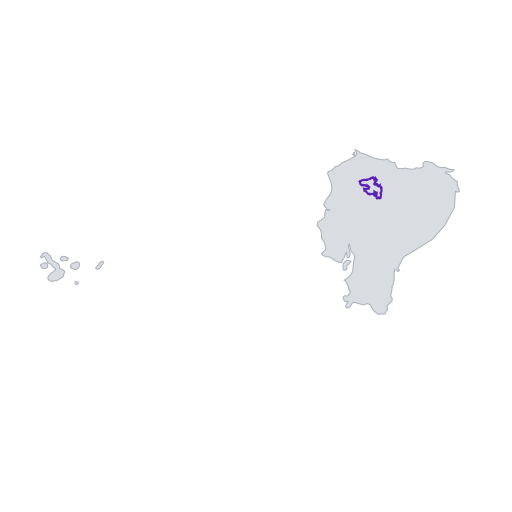 location of Quito, Pichincha, Ecuador, rotated 348°
{"feature_id": "8360857B23484517950931", "entity_name": "Quito", "entity_type": "district", "adm_level": 2, "iso_a3": "ECU", "parent_name": "Ecuador", "parent_adm1": "Pichincha", "projection": "albers", "projection_center": [-78.517, -0.167], "detail": "fine", "context": "in_parent", "style": "outline", "palette": "violet", "viewbox_px": 512, "rotation_deg": 348, "n_neighbors": 0, "source": "geoboundaries", "source_scale": "gbopen_adm2", "svg_char_len": 8334}
<svg xmlns="http://www.w3.org/2000/svg" viewBox="0 0 512 512"><g transform="rotate(348 256 256)"><path d="M467.7,213.0L466.3,213.9L462.7,214.3L460.0,213.4L458.9,213.4L458.7,214.3L462.3,216.7L464.1,220.8L466.6,223.4L468.2,224.6L468.3,225.5L467.8,227.2L467.7,228.6L468.6,234.9L468.0,235.3L466.0,235.3L464.5,234.2L460.2,249.9L446.7,265.5L431.5,276.6L413.8,283.0L400.9,287.4L398.9,289.1L392.5,297.0L392.3,297.8L393.1,299.1L393.2,300.0L392.2,300.5L391.4,300.6L391.1,300.2L390.8,299.2L389.9,298.3L388.9,298.0L388.4,298.2L388.3,299.1L387.0,303.3L386.9,305.4L386.4,306.2L386.4,308.1L385.1,309.8L384.1,312.6L383.1,313.5L381.7,317.9L379.7,322.3L379.6,323.8L380.2,324.9L380.4,325.7L379.6,328.4L375.0,331.1L373.8,332.4L373.4,333.8L373.7,335.1L373.5,336.1L372.1,336.5L370.6,339.0L369.5,339.5L366.6,338.7L364.5,338.7L362.9,337.9L359.7,333.7L358.5,331.3L358.1,327.8L355.0,325.7L350.9,326.2L349.6,325.4L346.6,324.0L344.0,322.4L342.0,321.6L340.5,322.0L338.0,324.7L335.7,325.9L334.7,325.9L333.3,325.0L333.0,324.1L336.5,319.3L333.9,319.2L333.0,318.2L332.9,317.0L332.4,315.7L332.9,314.2L334.3,313.3L336.4,314.0L337.8,314.0L338.7,312.6L340.6,311.4L341.0,310.7L340.0,308.4L339.7,307.1L340.0,306.4L339.9,303.9L339.3,302.9L339.2,301.5L338.7,300.7L338.5,299.0L337.2,298.0L341.5,296.4L343.0,295.1L344.9,293.9L346.5,292.0L347.6,290.3L350.2,282.2L352.5,277.0L352.1,274.6L350.1,271.2L349.7,266.4L349.9,264.9L349.6,263.7L348.3,265.8L348.7,273.0L347.5,276.2L345.8,277.0L344.8,276.4L345.4,271.2L344.2,272.1L342.3,275.7L339.1,278.4L339.0,279.3L338.2,280.3L335.8,279.3L333.9,278.3L327.8,272.3L323.8,271.1L321.4,269.0L320.9,268.2L320.6,267.0L323.1,265.7L325.6,264.0L325.9,260.3L325.8,257.4L323.9,252.5L324.8,246.0L324.3,243.5L322.1,238.2L323.7,235.5L329.3,233.5L331.2,232.2L332.4,227.9L333.7,225.3L336.2,226.4L338.2,226.2L335.5,225.3L333.4,221.5L333.0,219.7L337.2,214.5L339.3,213.1L342.0,210.3L344.3,206.1L344.8,199.5L343.9,194.8L343.2,189.8L344.5,188.5L347.9,187.9L350.7,186.3L352.2,184.8L355.5,185.0L359.3,182.7L365.4,181.5L374.0,178.9L375.9,176.6L375.0,172.5L378.2,175.0L379.6,176.9L384.1,179.1L389.2,183.0L392.6,185.1L396.4,186.9L401.8,188.8L405.0,188.4L406.4,191.4L407.7,192.3L410.8,193.3L411.1,193.7L412.3,199.1L413.0,199.9L415.7,200.8L419.0,201.1L420.3,201.0L423.2,202.5L427.7,203.7L429.3,203.9L430.0,203.7L430.3,203.1L431.6,203.2L433.5,203.9L436.4,204.1L438.1,203.4L438.5,200.4L439.1,199.7L441.1,198.6L442.2,198.8L447.4,201.2L448.5,202.1L449.8,203.8L452.3,206.3L455.0,207.9L459.1,208.6L463.1,211.2L467.7,213.0ZM53.2,211.3L54.9,213.0L55.8,217.7L61.1,222.7L61.7,225.5L61.3,226.8L61.5,227.3L64.1,229.3L65.7,231.3L63.0,236.2L57.2,238.4L51.0,238.4L49.7,237.8L48.0,236.0L47.7,234.3L48.7,232.7L51.9,230.3L56.7,228.1L57.3,226.4L55.3,224.8L53.9,221.6L50.8,219.4L49.2,212.6L48.2,212.3L46.1,213.3L45.0,212.4L44.8,212.0L47.1,210.4L47.6,209.3L50.9,208.7L52.4,209.6L53.2,211.3ZM77.8,231.7L76.4,231.8L72.4,229.3L72.6,226.8L74.2,225.2L79.4,224.3L81.6,225.8L81.4,228.7L79.7,230.9L78.3,231.3L77.8,231.7ZM342.2,287.2L341.7,288.3L339.2,288.2L338.5,287.8L339.1,283.1L339.8,281.5L341.8,280.1L343.5,279.4L345.6,279.5L347.9,280.8L345.2,283.3L343.2,283.9L342.2,287.2ZM49.4,224.0L46.8,224.4L44.6,223.6L43.7,222.2L43.4,220.1L43.6,219.5L48.5,218.7L50.1,220.4L50.1,222.9L49.4,224.0ZM101.5,235.1L98.5,236.2L96.8,235.2L96.6,234.6L98.3,232.9L99.9,232.1L101.4,230.2L104.1,229.1L104.9,229.3L105.4,229.7L105.6,230.3L104.7,231.8L103.1,232.9L101.5,235.1ZM71.4,220.4L70.2,221.2L65.4,220.4L63.8,218.9L65.0,216.8L66.0,216.0L69.0,216.7L72.0,219.0L71.4,220.4ZM75.6,246.5L74.6,246.5L73.1,245.4L74.2,243.4L76.2,244.4L76.8,245.2L75.6,246.5ZM373.7,177.7L372.3,177.9L371.6,176.7L373.4,175.2L374.0,174.9L373.7,177.7Z" fill="#d9dde1" stroke="#a8b0b8" stroke-width="1"/><path d="M391.2,221.9L391.2,221.4L390.9,221.2L390.7,220.7L391.0,220.4L391.0,220.1L391.3,220.0L391.5,219.6L391.8,219.3L392.1,218.7L392.2,218.8L392.4,218.4L392.3,218.2L392.3,217.9L392.4,217.7L392.5,217.6L392.4,217.4L392.5,217.0L392.4,216.8L392.4,216.7L392.4,216.3L392.5,216.2L392.4,216.0L392.5,215.7L392.3,215.4L392.7,214.9L393.0,215.0L393.0,214.7L392.6,214.1L392.3,214.0L392.0,213.8L391.4,213.6L391.0,213.5L390.7,213.3L390.3,213.4L390.2,213.3L390.5,213.3L390.7,213.2L391.2,213.1L391.3,213.0L391.6,212.8L391.8,212.4L391.5,212.5L391.0,212.4L390.6,212.7L390.2,212.7L389.7,212.5L389.4,212.2L389.3,211.9L389.5,211.7L389.8,211.5L390.1,211.7L389.7,211.2L389.6,210.9L389.4,210.8L389.2,210.8L389.0,210.7L388.9,210.6L388.7,210.8L388.6,211.0L388.2,211.0L388.1,210.7L387.6,211.0L387.4,210.9L387.4,211.0L387.2,211.1L387.0,210.8L387.0,210.6L387.0,210.4L386.9,210.3L386.9,210.2L386.7,210.1L386.8,209.9L386.8,209.6L387.1,209.4L387.5,209.1L387.6,208.6L388.1,208.5L388.2,208.3L388.4,208.2L388.5,208.1L388.8,207.9L389.0,207.6L388.9,207.6L388.8,207.4L389.0,207.3L389.0,207.2L389.5,207.2L389.3,206.7L389.4,206.4L389.7,206.3L389.5,206.1L389.6,205.9L389.5,205.7L389.3,205.5L389.3,205.3L389.0,205.3L388.9,205.2L388.7,205.2L388.7,204.9L388.4,205.2L388.1,205.7L387.6,206.0L387.6,205.8L387.8,205.5L387.9,205.3L388.0,205.1L388.0,204.9L387.9,204.7L388.1,204.5L387.7,204.4L387.6,204.2L387.4,203.7L387.2,203.8L387.0,203.7L387.0,203.8L386.9,203.9L386.8,203.7L386.4,203.6L386.1,203.9L385.8,204.0L385.5,203.9L385.4,203.8L385.3,203.7L385.2,203.5L384.8,203.6L384.6,203.6L384.4,203.8L384.2,204.0L384.0,204.3L383.8,204.2L383.7,204.2L383.4,204.1L383.2,204.2L382.9,204.3L382.7,204.3L382.4,204.3L381.8,204.3L381.6,204.4L381.7,204.5L381.4,204.4L381.3,204.5L381.1,204.5L380.8,204.8L380.5,204.7L380.4,204.6L379.8,204.7L379.6,204.5L379.6,204.3L379.2,204.4L379.2,204.5L378.9,204.5L378.7,204.4L378.3,204.3L378.0,204.1L377.9,204.0L377.8,203.9L377.5,204.0L377.4,203.9L377.2,203.8L376.5,204.1L376.3,204.2L376.0,204.1L375.7,203.9L375.1,204.0L374.9,204.1L374.6,204.2L374.5,204.4L374.1,204.4L374.1,204.5L373.7,204.6L373.3,204.4L373.2,204.5L373.0,204.8L372.7,204.9L372.8,205.1L373.0,205.2L372.9,205.2L373.1,205.6L373.0,206.0L373.1,206.3L373.1,206.5L373.1,206.9L373.0,207.1L373.1,207.4L373.1,207.6L373.4,208.0L373.6,208.1L373.8,208.2L374.0,208.2L374.0,208.3L374.3,208.5L374.3,208.4L374.3,208.5L374.7,208.6L374.9,208.7L375.0,208.6L375.5,208.8L375.4,208.9L375.5,208.9L375.5,209.0L375.5,208.9L375.6,209.1L376.0,209.2L376.3,209.2L376.3,209.3L376.6,209.3L376.6,209.5L376.8,209.5L376.8,209.4L376.8,209.5L376.9,209.3L377.0,209.2L377.4,209.3L377.5,209.4L377.6,209.5L377.8,209.6L378.0,209.7L378.1,209.8L378.3,209.9L378.4,210.1L378.5,210.2L378.6,210.4L378.5,210.7L378.6,210.8L379.0,210.9L379.2,211.0L379.3,210.9L379.5,210.8L379.6,210.7L379.8,210.5L379.8,210.4L380.2,210.8L380.3,211.1L380.6,211.4L380.8,211.7L380.6,211.7L380.3,211.8L380.5,212.1L380.5,212.4L380.5,212.8L380.4,212.8L380.2,213.2L380.2,213.6L379.7,213.5L379.4,213.5L379.2,213.5L378.8,213.4L378.7,213.5L378.3,213.6L378.1,213.5L377.5,213.4L377.3,213.2L376.9,213.0L376.6,212.8L376.1,213.1L376.1,212.9L375.7,212.7L375.7,213.0L375.9,213.1L375.6,213.4L375.6,213.6L375.7,213.8L375.7,214.0L375.7,214.3L375.8,214.8L375.7,214.9L376.3,215.4L376.5,215.5L376.8,215.7L377.0,215.6L377.1,215.9L377.3,216.0L377.5,216.3L377.6,216.6L377.8,216.8L378.0,217.3L378.0,217.8L378.4,218.2L378.4,218.4L378.6,218.6L378.8,218.4L379.2,218.5L379.7,218.5L379.8,218.7L379.9,218.9L380.0,218.9L380.0,219.3L380.2,219.5L380.5,219.4L380.8,219.5L381.2,219.5L381.3,219.4L381.6,219.4L382.0,219.3L382.4,219.3L382.8,219.4L383.2,219.5L383.5,219.4L383.7,219.6L384.1,219.6L384.3,219.8L384.1,219.8L383.9,220.0L383.8,220.4L384.1,220.7L384.2,221.1L384.5,221.4L384.5,221.6L384.9,222.0L385.1,221.5L385.0,221.4L385.0,221.5L385.0,221.2L385.1,220.9L385.0,220.6L385.3,220.0L385.1,219.9L385.1,219.7L385.0,219.4L385.3,219.1L385.1,219.0L385.0,218.9L384.9,218.8L385.0,218.6L385.1,218.3L385.3,218.1L385.3,217.7L385.6,218.0L386.1,218.3L386.2,218.5L386.3,218.5L386.5,218.8L386.5,219.1L386.6,219.3L386.8,219.3L386.7,219.4L386.8,219.4L386.8,219.5L387.0,219.8L387.1,220.0L387.0,220.3L386.9,220.3L386.8,220.6L386.6,221.3L386.6,221.6L386.3,221.9L386.2,222.7L386.0,222.9L386.0,223.0L386.3,223.7L386.1,224.3L386.1,224.6L386.3,224.9L386.5,224.9L386.8,224.6L387.0,224.5L387.4,224.4L387.5,224.4L387.7,224.1L387.8,224.1L387.8,224.3L388.0,224.4L388.0,224.5L388.2,224.8L388.3,224.9L388.5,224.9L388.6,225.2L388.6,225.3L388.8,225.4L389.2,225.4L389.5,225.1L389.8,225.1L390.1,224.9L390.1,224.5L390.4,223.9L390.3,223.5L390.4,223.4L390.5,223.2L390.9,222.3L391.2,221.9Z" fill="none" stroke="#5b21b6" stroke-width="2"/></g></svg>